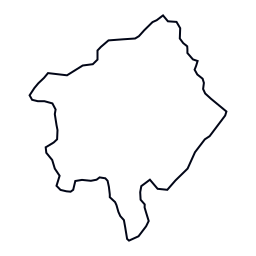 the district of Livadia Larnakas, Larnaca, Cyprus
{"feature_id": "46923920B34186369498316", "entity_name": "Livadia Larnakas", "entity_type": "district", "adm_level": 2, "iso_a3": "CYP", "parent_name": "Cyprus", "parent_adm1": "Larnaca", "projection": "orthographic", "projection_center": [33.633, 34.954], "detail": "fine", "context": "isolated", "style": "outline", "palette": "ink", "viewbox_px": 256, "rotation_deg": 0, "n_neighbors": 0, "source": "geoboundaries", "source_scale": "gbopen_adm2", "svg_char_len": 1217}
<svg xmlns="http://www.w3.org/2000/svg" viewBox="0 0 256 256"><path d="M163.0,15.4L156.7,20.2L152.5,22.1L144.2,30.3L138.9,36.2L135.1,38.5L123.1,39.3L108.5,40.4L100.9,46.9L97.5,50.5L97.5,59.6L92.8,64.2L82.7,65.5L67.0,75.3L48.0,73.1L44.0,77.9L38.3,83.3L34.4,88.0L29.6,95.3L32.1,99.8L37.8,101.2L44.4,101.2L52.4,103.4L55.6,109.5L54.8,114.1L56.5,125.0L57.5,130.1L57.1,139.3L53.7,142.5L45.7,147.3L46.3,152.8L52.2,160.0L54.8,168.6L59.6,175.8L56.5,185.8L60.5,189.9L66.4,191.3L70.6,191.7L73.2,189.8L75.3,181.0L82.0,179.9L90.9,180.8L96.6,179.7L99.6,177.4L105.3,178.3L107.6,180.8L108.9,186.9L109.8,194.5L109.8,197.2L115.1,202.1L116.5,205.2L118.4,211.9L120.3,216.1L123.9,220.1L125.2,227.3L127.1,238.9L129.0,240.6L138.5,236.3L146.1,226.3L148.7,221.0L146.3,213.2L144.6,207.5L144.7,204.4L140.6,199.7L140.2,192.2L141.3,186.1L145.1,183.3L149.9,179.7L157.6,188.8L167.3,189.8L175.5,180.4L187.6,168.6L195.0,152.2L204.7,139.5L205.0,139.2L209.6,136.2L225.2,115.5L226.4,111.5L210.9,98.7L205.2,93.5L203.1,89.0L203.9,82.9L202.6,78.7L197.3,74.5L194.6,69.7L196.1,65.9L197.6,61.0L192.9,59.4L187.4,53.0L187.4,49.2L187.2,46.3L183.2,43.1L179.8,38.5L180.2,28.2L176.5,21.9L167.9,21.3L163.0,15.4Z" fill="none" stroke="#020617" stroke-width="2"/></svg>